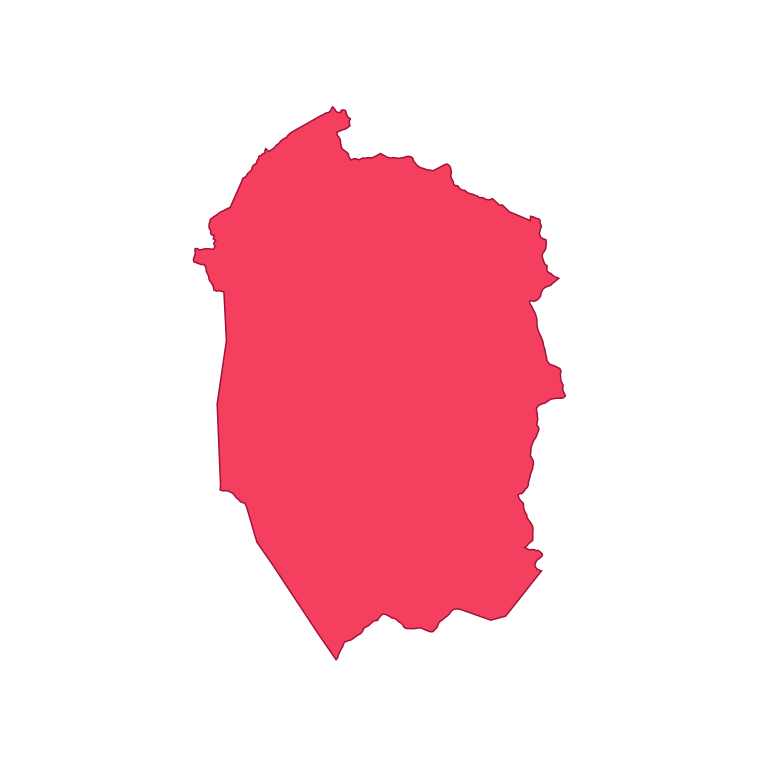 Jeremoabo, Bahia, Brazil (Robinson projection), rotated 226°
{"feature_id": "56859067B51032558402998", "entity_name": "Jeremoabo", "entity_type": "district", "adm_level": 2, "iso_a3": "BRA", "parent_name": "Brazil", "parent_adm1": "Bahia", "projection": "robinson", "projection_center": [-38.488, -9.985], "detail": "fine", "context": "isolated", "style": "filled", "palette": "rose", "viewbox_px": 768, "rotation_deg": 226, "n_neighbors": 0, "source": "geoboundaries", "source_scale": "gbopen_adm2", "svg_char_len": 5967}
<svg xmlns="http://www.w3.org/2000/svg" viewBox="0 0 768 768"><g transform="rotate(226 384 384)"><path d="M338.6,583.2L340.6,582.4L342.2,581.4L344.8,580.8L347.1,581.0L348.7,580.2L350.9,579.7L353.1,580.4L355.7,583.4L358.5,583.0L361.6,584.1L363.8,585.4L366.3,586.5L367.7,588.8L368.2,592.1L369.0,594.2L371.2,597.0L373.5,599.5L375.3,600.7L378.0,599.3L380.5,598.7L383.0,599.5L384.5,600.6L386.7,604.0L388.0,606.7L390.0,607.6L391.8,608.4L393.2,610.0L395.3,610.0L397.4,608.6L400.5,607.5L402.9,605.9L399.8,602.8L409.0,598.9L420.9,593.8L430.8,593.4L432.1,591.3L442.0,590.8L442.6,589.0L443.8,587.1L446.0,585.6L448.5,584.9L450.2,584.0L451.7,582.0L454.2,581.8L456.8,580.5L459.0,579.6L461.0,578.1L464.0,576.9L467.0,576.7L469.0,575.1L471.2,574.3L473.5,574.5L475.5,574.7L477.5,572.9L479.7,573.0L481.1,574.2L483.1,574.9L485.2,575.4L487.6,576.7L488.8,579.0L490.3,580.2L492.1,581.3L494.3,582.5L496.6,582.7L498.7,582.0L500.0,579.0L500.5,576.9L501.1,574.9L501.6,573.0L502.2,571.1L502.8,569.2L503.3,567.3L505.4,566.1L507.3,564.5L509.0,563.4L511.6,562.1L514.3,560.5L516.6,560.0L518.9,559.7L521.3,560.0L523.5,560.0L525.1,560.9L526.7,561.6L528.8,561.2L530.7,559.8L532.0,558.1L532.9,556.3L533.8,554.6L534.9,553.1L536.2,551.2L538.1,549.8L540.3,548.0L541.7,546.0L544.0,544.3L545.9,543.5L548.2,542.9L550.1,542.2L552.3,541.6L553.0,538.8L553.8,535.8L555.1,532.3L556.9,530.7L558.4,529.2L559.3,527.4L561.2,526.0L562.0,523.6L563.1,521.2L565.4,520.5L567.1,518.6L567.9,515.8L569.7,516.2L572.2,516.6L574.1,518.2L576.7,518.2L579.4,517.6L581.9,517.3L583.7,517.7L585.9,519.2L588.0,520.5L589.6,522.0L592.2,522.9L595.3,523.2L597.8,524.8L596.8,527.7L595.5,530.9L594.0,533.9L593.6,536.9L593.4,538.9L595.3,540.0L597.0,541.3L598.2,544.1L600.6,543.5L602.3,543.7L604.0,544.4L605.7,545.4L607.6,546.3L609.1,545.4L610.6,543.5L609.5,541.1L612.1,539.1L614.3,539.0L616.2,539.6L619.1,539.5L618.5,537.2L617.7,535.1L617.8,532.6L619.5,530.1L619.9,527.6L620.7,525.7L629.3,492.5L629.6,490.1L629.6,487.3L629.1,485.4L629.6,483.5L630.3,481.0L630.5,478.3L630.0,475.4L630.6,472.9L630.2,470.2L630.3,467.4L630.9,464.7L631.3,462.5L633.2,462.6L635.5,462.4L634.7,460.6L632.8,458.9L633.8,456.9L633.7,454.3L634.7,452.4L633.4,450.2L632.9,447.9L631.5,446.1L631.7,444.0L632.1,442.0L631.5,439.8L629.9,437.1L630.0,434.8L630.1,432.9L629.8,430.7L629.1,428.8L629.6,427.0L630.0,425.0L628.9,423.2L627.9,420.7L617.9,396.0L618.6,394.1L619.5,391.6L620.1,389.0L621.2,386.2L621.7,382.8L621.9,380.6L622.6,377.9L622.8,375.8L623.0,373.4L621.9,371.7L620.8,369.7L618.9,367.5L616.9,366.2L614.6,366.0L613.2,364.2L611.1,363.5L609.0,365.2L607.0,362.0L604.2,362.7L603.6,359.3L601.4,358.4L600.0,357.4L599.5,354.7L601.4,353.2L603.7,351.2L605.2,349.8L606.4,347.9L607.3,346.2L608.7,344.5L610.8,343.8L612.6,342.3L611.3,340.6L609.0,339.0L607.8,336.9L606.8,334.8L605.7,333.1L604.0,332.1L597.2,335.3L594.9,337.5L592.3,337.0L590.4,336.0L588.3,334.3L586.1,333.7L583.7,332.8L581.6,331.4L579.7,330.4L577.5,330.2L574.9,329.7L572.3,328.7L569.7,326.9L567.3,328.0L565.4,330.4L563.0,331.9L561.3,332.7L524.6,300.7L485.6,250.2L470.1,236.4L432.6,203.1L425.9,197.2L421.5,192.5L418.9,194.1L417.6,195.6L415.6,197.3L413.5,198.2L411.9,198.9L409.5,199.3L406.7,199.0L404.8,198.7L402.8,199.1L400.6,199.0L398.7,199.1L396.5,200.1L394.9,201.1L391.1,199.8L358.5,182.7L333.6,178.7L329.6,178.0L308.5,174.0L249.1,163.0L219.0,158.0L219.2,160.3L220.4,162.2L221.4,164.4L222.4,167.2L223.3,169.5L223.7,171.8L224.8,173.7L225.8,176.1L225.0,178.1L223.9,180.4L222.9,182.3L222.4,184.5L222.0,187.7L221.4,191.3L220.7,194.2L221.1,196.8L221.8,198.8L222.3,200.8L221.5,203.0L220.8,205.2L220.9,207.4L220.9,209.6L220.8,211.7L219.4,213.7L218.4,215.3L219.3,218.2L219.6,221.7L219.0,223.6L217.4,225.0L215.0,225.9L213.4,226.5L210.9,226.9L208.4,228.4L206.3,229.4L204.4,229.3L202.6,229.4L200.3,230.2L197.3,230.1L195.2,229.4L193.2,229.9L191.5,231.2L190.1,232.8L187.7,235.0L185.8,237.4L184.2,239.8L182.6,241.3L179.9,242.3L177.9,243.1L175.3,244.4L173.4,245.3L171.8,247.3L172.0,250.4L172.0,252.8L172.7,254.6L173.7,256.3L174.3,258.5L174.0,260.6L173.7,263.1L173.6,266.2L173.2,268.2L173.2,271.2L173.9,275.4L173.3,277.7L172.4,279.3L169.2,282.2L166.0,283.8L139.9,296.8L132.5,310.3L140.2,367.5L141.7,366.6L144.2,365.6L147.4,365.8L149.3,367.1L150.2,368.9L150.8,370.8L150.9,372.8L150.5,375.7L150.5,378.6L151.8,379.8L154.4,379.8L157.3,379.3L158.5,377.6L160.1,377.2L161.9,375.8L163.6,373.4L166.6,372.3L168.6,371.7L168.2,374.0L168.7,377.2L168.5,380.0L168.2,382.2L170.2,384.5L172.2,386.2L174.6,388.8L176.2,390.3L178.1,391.9L180.6,392.7L183.0,393.2L185.5,393.5L188.6,394.2L190.8,395.8L193.3,396.3L196.0,397.4L198.2,398.6L200.0,400.3L201.6,401.5L203.5,401.3L205.6,401.3L207.4,401.5L209.2,402.3L211.2,403.5L210.7,405.5L209.4,407.3L209.5,409.9L210.2,412.5L210.1,415.1L211.0,417.6L212.9,419.6L214.5,422.3L215.6,424.3L216.9,426.1L218.4,428.8L219.4,431.3L221.0,433.5L222.4,435.5L223.8,437.0L225.2,438.0L227.9,438.9L230.7,439.4L232.4,441.6L233.8,443.1L235.2,444.4L236.7,446.8L238.4,450.1L239.4,452.8L240.0,455.7L241.0,458.3L242.0,460.2L243.0,462.6L244.2,464.3L245.8,465.2L248.3,465.3L250.1,467.6L252.0,470.3L253.9,471.6L255.4,473.0L257.2,474.4L259.0,475.3L260.7,477.1L261.2,480.1L260.4,482.7L259.3,485.1L258.2,487.1L258.0,489.7L257.5,492.0L257.1,493.9L255.5,495.9L253.8,498.3L252.1,500.3L250.6,501.6L249.4,503.6L249.5,506.3L251.6,507.1L253.8,507.7L256.7,509.3L258.3,511.7L260.0,512.4L262.0,513.1L264.5,514.2L266.0,515.6L267.6,516.9L269.1,518.3L270.4,520.4L272.9,521.2L275.9,520.2L277.8,519.5L279.4,518.9L281.1,517.9L283.3,516.8L285.0,517.2L286.9,517.2L288.5,518.1L290.6,519.6L292.5,520.7L294.4,521.9L296.0,523.0L298.2,524.4L300.9,525.5L303.2,527.2L305.3,528.3L308.5,529.6L311.0,530.6L313.1,531.1L315.5,532.2L317.5,533.3L319.5,534.5L321.6,536.3L324.2,538.8L328.1,541.1L330.8,542.2L333.6,542.9L336.9,544.1L340.3,544.7L342.3,546.0L341.6,547.9L339.2,549.3L338.1,552.0L337.9,554.6L338.4,557.5L340.5,560.7L341.7,563.8L341.7,566.5L341.0,568.5L339.2,572.5L339.3,575.6L338.9,579.2L338.6,583.2Z" fill="#f43f5e" stroke="#9f1239" stroke-width="1.5"/></g></svg>